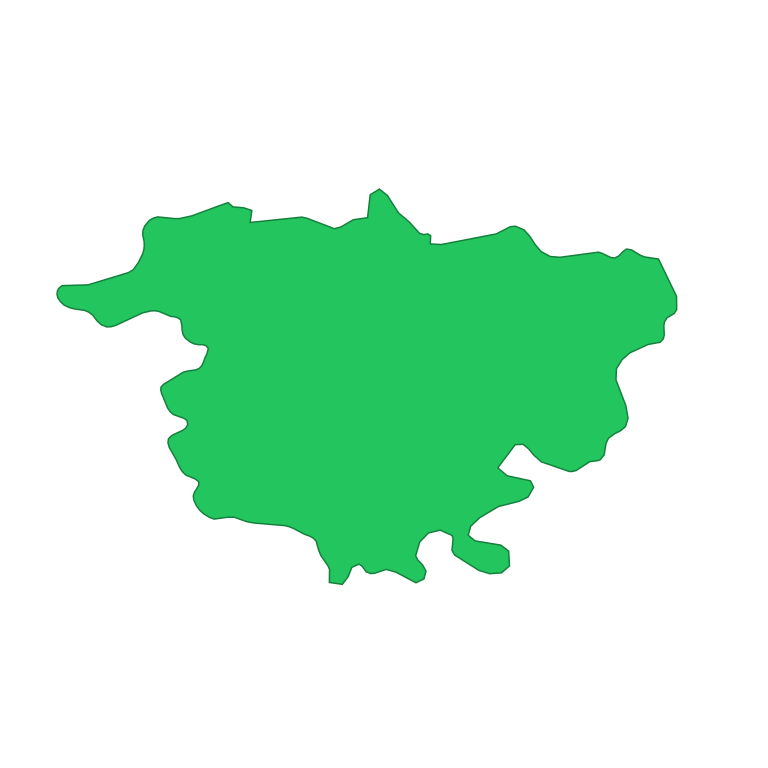 SVG path tracing the border of Ariège, rotated 169°
{"feature_id": "FRA-5269", "entity_name": "Ariège", "entity_type": "Metropolitan department", "adm_level": 1, "iso_a3": "FRA", "parent_name": "France", "parent_adm1": "", "projection": "robinson", "projection_center": [1.591, 42.938], "detail": "fine", "context": "isolated", "style": "filled", "palette": "green", "viewbox_px": 768, "rotation_deg": 169, "n_neighbors": 0, "source": "natural_earth", "source_scale": "10m", "svg_char_len": 2887}
<svg xmlns="http://www.w3.org/2000/svg" viewBox="0 0 768 768"><g transform="rotate(169 384 384)"><path d="M120.3,470.2L115.4,468.4L108.2,461.8L104.2,459.1L90.7,454.3L80.1,414.2L82.5,401.2L85.7,397.8L93.5,395.0L96.9,391.3L98.3,387.2L99.5,378.7L101.3,374.9L104.9,372.3L117.3,372.4L136.6,367.7L145.6,362.5L152.9,354.7L155.5,343.7L150.7,316.4L151.0,303.8L155.1,296.1L160.6,293.0L167.1,291.2L174.1,287.8L177.4,283.3L181.4,272.4L186.2,268.4L188.5,268.0L196.9,268.5L211.9,262.4L216.0,262.2L218.9,262.8L244.2,277.4L250.3,285.2L254.5,292.9L259.1,298.3L266.8,299.4L288.3,280.0L280.6,270.4L258.7,261.0L256.8,254.1L264.1,245.6L273.8,243.1L295.1,241.9L315.3,234.6L326.0,227.9L330.2,219.5L324.5,212.6L300.0,203.5L293.5,196.2L295.5,181.5L304.7,176.2L316.4,177.6L326.4,182.9L347.3,202.6L349.0,207.8L345.8,218.6L346.0,222.3L356.8,229.8L368.7,229.3L379.1,222.1L385.7,209.3L384.3,204.6L380.6,198.9L378.5,192.3L382.0,185.0L390.6,182.8L408.3,197.1L417.3,201.6L429.3,200.0L433.1,200.4L437.2,202.9L440.4,209.5L442.8,211.9L450.5,210.2L456.0,201.7L463.1,195.3L475.5,199.6L472.8,212.5L473.8,216.4L478.7,227.7L479.9,233.7L480.6,242.8L483.0,246.4L486.5,249.2L490.8,251.7L500.3,259.4L504.5,262.1L508.4,263.9L538.3,272.4L545.1,275.1L556.4,281.8L563.6,283.1L576.5,283.8L581.0,286.6L585.8,291.0L589.1,295.5L591.4,300.5L592.8,306.2L592.6,310.5L590.5,314.2L587.4,317.3L585.0,320.5L584.6,323.5L587.2,326.6L596.0,332.5L598.7,336.5L600.4,340.8L602.4,349.2L606.9,362.6L607.3,367.6L606.0,371.4L602.7,373.6L599.0,374.9L590.8,376.8L587.1,378.5L584.5,381.5L584.2,385.7L587.0,388.5L596.7,394.3L599.3,397.8L601.0,401.7L604.1,417.1L604.3,420.5L603.5,423.5L600.5,425.7L579.1,433.8L574.6,434.2L566.4,433.8L562.7,434.4L559.5,436.6L557.0,440.0L554.8,443.8L551.9,447.7L549.7,452.5L551.4,455.6L554.4,457.2L558.3,457.9L562.3,459.4L566.1,462.1L570.1,466.7L571.8,470.7L571.9,475.5L571.3,479.8L571.3,485.8L573.7,488.3L576.8,489.9L580.5,491.1L591.0,498.1L594.9,499.6L598.9,500.2L607.3,499.9L636.3,492.7L640.9,492.3L645.2,492.9L650.2,496.1L653.5,500.5L656.8,507.2L660.3,511.0L664.1,513.5L672.9,516.5L677.7,518.7L682.8,522.3L685.9,526.5L687.7,530.7L687.9,534.3L686.9,537.5L686.6,537.8L685.3,539.8L681.2,542.0L655.8,537.8L613.6,542.1L608.4,544.0L602.1,549.9L596.4,557.3L594.2,561.4L593.0,565.2L592.3,569.4L592.4,576.8L591.2,580.9L588.7,584.8L583.1,589.4L578.6,590.9L574.2,591.2L557.6,586.2L553.2,585.4L540.7,585.7L511.8,590.4L502.4,591.8L498.5,586.7L488.0,583.7L480.6,579.5L484.6,568.1L432.8,563.5L427.8,561.3L403.1,545.9L396.2,546.4L382.8,551.1L368.4,550.4L361.4,572.5L351.3,576.2L344.7,568.4L337.1,549.2L328.3,538.2L320.3,525.0L316.5,523.1L312.2,522.9L309.9,520.6L311.9,512.7L301.2,510.0L245.2,509.9L230.0,514.3L224.9,513.8L217.1,508.6L212.5,500.8L209.1,492.2L204.6,484.1L196.6,477.5L187.1,474.8L148.4,472.5L144.9,470.6L137.4,465.0L133.5,463.6L128.9,465.0L124.6,468.1L120.3,470.2Z" fill="#22c55e" stroke="#15803d" stroke-width="1.5"/></g></svg>